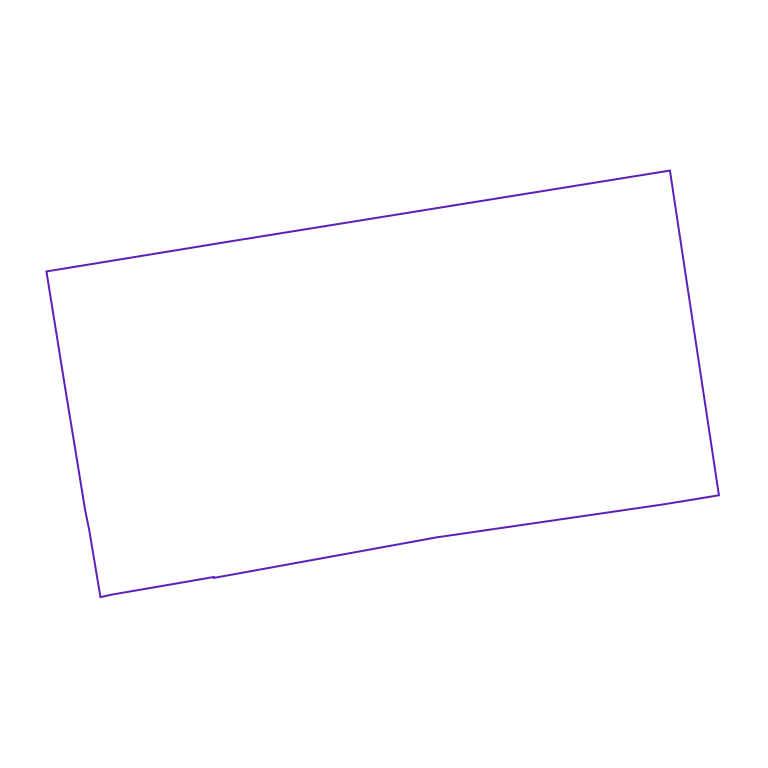 the district of Platte, Wyoming, United States of America, rotated 261°
{"feature_id": "52423323B10745128223313", "entity_name": "Platte", "entity_type": "district", "adm_level": 2, "iso_a3": "USA", "parent_name": "United States of America", "parent_adm1": "Wyoming", "projection": "natural_earth1", "projection_center": [-105.065, 42.131], "detail": "fine", "context": "isolated", "style": "outline", "palette": "violet", "viewbox_px": 768, "rotation_deg": 261, "n_neighbors": 0, "source": "geoboundaries", "source_scale": "gbopen_adm2", "svg_char_len": 338}
<svg xmlns="http://www.w3.org/2000/svg" viewBox="0 0 768 768"><g transform="rotate(261 384 384)"><path d="M424.1,68.5L373.4,68.8L306.0,69.1L286.2,70.0L217.9,70.6L218.6,84.0L220.0,185.7L219.1,185.7L224.3,411.8L221.4,641.0L221.7,697.4L550.1,699.8L548.9,251.5L548.0,68.2L424.1,68.5Z" fill="none" stroke="#5b21b6" stroke-width="2"/></g></svg>